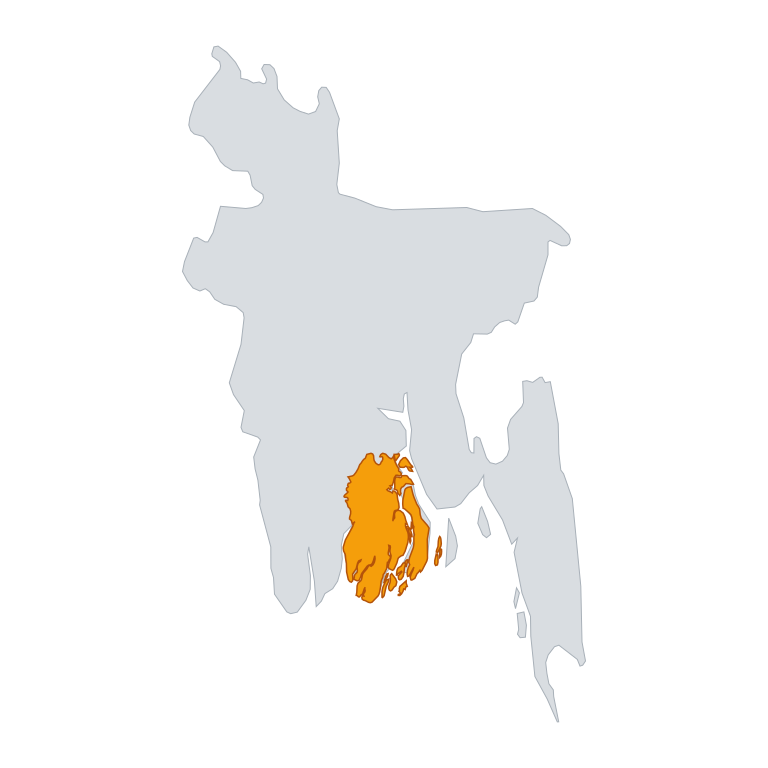 where Barisal sits in Bangladesh
{"feature_id": "BGD-2475", "entity_name": "Barisal", "entity_type": "Division", "adm_level": 1, "iso_a3": "BGD", "parent_name": "Bangladesh", "parent_adm1": "", "projection": "equal_earth", "projection_center": [90.394, 22.436], "detail": "fine", "context": "in_parent", "style": "filled", "palette": "amber", "viewbox_px": 768, "rotation_deg": 0, "n_neighbors": 0, "source": "natural_earth", "source_scale": "10m", "svg_char_len": 9785}
<svg xmlns="http://www.w3.org/2000/svg" viewBox="0 0 768 768"><path d="M270.9,568.3L270.8,546.9L259.6,504.9L260.2,500.3L257.9,480.1L255.1,468.9L253.7,457.0L260.5,439.9L257.8,437.1L242.8,431.8L241.0,427.4L244.3,410.6L233.5,394.6L229.3,382.8L241.0,344.4L244.1,317.8L243.2,312.6L236.2,306.7L223.7,304.3L214.8,299.3L209.7,291.8L205.3,288.7L199.9,291.0L193.0,288.0L187.3,280.6L182.5,271.5L184.5,261.6L193.7,238.1L197.1,237.4L205.0,241.9L207.9,241.9L213.1,232.6L220.5,206.3L245.8,208.5L251.8,207.7L258.2,205.6L261.6,202.3L263.5,198.0L262.9,194.4L255.2,189.4L252.2,185.7L250.1,175.2L247.8,171.2L232.6,170.6L224.7,165.8L220.4,161.5L212.8,147.1L203.3,136.5L194.2,134.0L190.7,130.6L188.8,125.1L189.9,117.2L194.7,102.1L219.9,69.4L220.6,65.8L219.6,61.6L212.3,56.4L211.8,53.8L213.9,46.9L218.1,46.1L226.7,52.3L235.5,62.3L240.6,71.3L240.8,78.4L247.6,79.8L253.3,83.0L259.2,82.0L263.1,83.8L265.6,83.1L266.6,79.1L261.7,68.8L264.1,64.5L269.9,64.7L274.0,68.6L277.0,76.5L277.5,88.8L284.2,99.9L293.1,107.8L300.1,111.4L308.5,114.1L315.6,111.5L319.3,103.8L317.7,96.8L318.8,90.6L321.7,87.2L326.2,87.4L329.5,92.3L339.3,118.9L337.2,130.7L339.3,163.1L336.8,184.5L338.4,192.7L340.0,194.2L354.8,198.1L376.2,206.7L392.6,209.8L466.7,207.5L482.9,211.7L532.4,208.5L545.8,215.3L560.6,226.4L568.8,234.7L570.4,239.4L569.5,243.5L566.7,245.7L561.7,245.8L550.0,240.4L548.0,242.0L548.0,254.8L538.6,287.1L537.3,297.1L534.0,301.0L524.3,303.1L517.8,321.9L515.2,324.2L508.7,320.1L504.7,320.8L499.7,322.5L494.7,326.9L491.3,332.3L487.3,334.1L473.5,333.8L470.8,342.5L461.7,354.0L455.6,384.4L456.0,393.7L463.8,417.9L469.2,449.5L471.3,452.7L473.9,453.0L474.0,438.5L476.5,436.7L479.8,438.3L486.4,457.8L490.1,462.7L495.9,464.1L502.5,461.2L507.3,455.5L509.3,449.3L507.5,428.1L510.6,419.4L521.9,406.5L523.5,402.6L522.7,381.4L526.9,380.7L532.7,382.4L539.9,377.3L542.1,377.2L545.1,382.6L550.3,381.7L558.2,423.8L558.9,453.5L560.8,470.1L563.6,473.8L572.3,498.6L580.8,586.2L582.0,642.0L585.5,661.0L582.7,665.2L580.0,666.1L577.3,659.4L558.9,645.2L554.5,646.7L548.2,654.9L545.7,662.5L546.9,673.3L548.9,683.8L553.3,689.9L553.7,696.6L558.7,721.8L557.3,721.9L547.2,699.0L534.9,676.5L530.8,636.2L530.5,616.3L522.0,593.0L514.1,552.3L517.5,538.0L511.7,544.2L502.5,519.9L488.1,496.0L483.9,485.5L483.7,475.2L477.6,485.5L469.2,492.8L460.7,503.7L455.0,507.0L437.0,509.0L426.6,494.4L411.6,458.7L409.6,450.7L411.6,429.7L408.0,409.9L407.0,392.5L404.3,394.0L403.3,398.8L403.9,406.2L402.8,412.3L377.8,408.3L388.4,418.7L399.9,421.2L405.9,430.5L406.3,446.0L395.0,455.4L396.0,463.3L402.5,472.9L394.6,475.6L392.4,481.9L392.3,490.8L397.8,504.6L396.8,510.0L406.3,528.0L408.1,536.6L405.8,548.8L385.3,573.5L379.4,591.1L374.3,599.3L368.0,600.8L360.3,592.5L360.2,583.9L361.8,577.2L372.5,560.8L366.7,563.0L350.1,576.5L346.9,565.5L344.8,555.4L344.8,542.9L352.8,524.4L343.8,533.6L341.3,545.2L342.3,558.9L341.2,568.5L337.6,581.2L332.7,588.7L324.9,593.6L321.4,601.1L316.2,606.6L314.4,581.1L308.8,546.8L307.6,554.2L310.4,575.5L310.2,589.3L305.9,600.3L297.3,612.1L290.7,613.7L286.8,611.9L274.5,594.2L273.5,577.5L270.9,568.3ZM422.3,568.7L407.1,572.8L399.3,571.5L413.8,540.7L413.3,526.9L411.0,515.6L403.6,506.6L403.2,500.1L399.9,491.3L398.2,481.0L406.4,477.7L413.0,483.6L415.4,495.3L418.7,504.1L430.2,522.2L430.0,533.3L426.9,560.4L422.3,568.7ZM455.0,558.6L445.8,566.8L448.7,518.1L455.7,536.2L457.4,545.9L455.0,558.6ZM490.6,534.3L486.5,537.7L482.7,534.7L477.8,523.3L480.2,508.8L481.7,506.7L487.6,521.5L490.6,534.3ZM525.4,637.2L520.1,637.7L517.5,634.2L518.7,629.4L517.2,613.5L523.9,611.9L526.4,625.2L525.4,637.2ZM519.4,592.9L515.5,608.6L513.9,601.6L516.5,587.8L519.4,592.9ZM410.3,466.1L411.9,471.1L403.4,464.6L401.1,460.0L404.9,457.6L410.3,466.1Z" fill="#d9dde1" stroke="#a8b0b8" stroke-width="1"/><path d="M393.6,455.9L393.9,458.5L395.2,462.2L396.8,465.7L398.6,468.5L398.8,469.1L398.6,470.5L398.9,471.3L399.8,471.6L401.1,473.1L401.4,473.9L401.0,475.0L399.7,475.8L397.1,475.2L395.9,475.3L394.2,477.9L393.4,481.9L392.3,485.1L389.9,485.8L391.3,487.3L390.9,488.9L389.8,489.5L388.7,488.1L386.8,489.7L388.1,490.9L390.6,491.9L392.3,493.0L393.1,490.9L394.6,491.2L396.1,492.8L397.1,494.6L397.7,499.4L398.7,503.2L399.1,507.3L398.8,508.2L398.0,509.6L397.2,510.1L395.2,510.5L394.4,511.1L393.9,512.9L392.9,519.4L392.9,521.2L393.1,519.9L394.7,517.9L394.5,514.4L394.7,513.1L395.5,511.5L396.8,510.6L398.4,510.3L400.1,510.7L403.2,513.1L404.8,516.5L405.8,520.4L407.3,524.4L405.5,523.6L405.5,526.2L406.2,528.4L407.9,532.5L408.3,534.9L408.4,537.3L407.9,542.2L405.1,551.2L403.0,555.3L401.3,555.8L399.0,557.4L398.1,558.4L396.9,562.9L394.4,568.4L393.6,569.7L392.6,570.3L389.9,569.1L388.7,568.1L388.1,567.1L388.6,564.2L390.7,558.6L391.1,555.8L390.1,552.5L389.9,550.9L390.4,547.2L390.1,545.8L388.7,545.3L389.1,547.7L388.2,553.0L388.4,554.6L390.1,556.2L390.4,557.4L390.3,558.3L388.9,560.3L388.5,562.4L387.8,562.1L387.4,562.3L386.6,568.6L384.6,572.7L383.2,574.7L382.9,576.8L381.2,581.1L380.4,587.7L379.6,592.1L378.9,594.4L378.0,596.0L372.0,602.2L370.3,602.7L368.5,602.3L365.2,600.6L363.6,600.2L362.2,599.2L361.8,597.3L362.4,595.8L363.9,596.1L363.3,594.5L363.8,593.3L364.7,592.2L365.2,590.8L364.7,588.4L365.2,587.2L364.3,588.7L362.7,593.5L361.9,594.5L361.0,594.9L359.9,596.5L359.2,597.0L358.4,596.8L357.3,595.6L356.2,595.4L356.8,592.3L357.1,585.9L358.0,583.2L360.9,580.6L361.6,579.2L362.5,574.5L363.4,572.8L367.0,568.7L368.5,565.9L369.3,565.4L371.2,566.3L373.1,564.7L374.4,562.1L375.1,558.9L374.8,555.8L373.3,560.9L372.2,563.6L370.9,564.7L368.6,565.1L367.1,566.2L361.9,573.2L361.3,574.4L360.6,577.0L359.2,580.0L358.7,580.5L357.4,580.8L356.6,580.6L353.8,579.2L354.3,577.6L354.4,575.8L355.0,574.4L357.2,572.2L357.4,570.3L357.1,566.8L357.9,563.8L358.7,562.6L360.5,561.3L361.0,559.9L358.7,560.9L357.6,563.0L356.2,568.7L352.6,574.0L352.8,579.3L352.6,580.8L351.3,582.2L349.7,581.5L348.3,579.5L346.6,572.0L346.4,563.3L345.6,558.4L345.4,555.5L345.2,554.3L343.6,550.9L343.2,548.2L343.3,546.9L345.4,539.9L352.6,526.8L354.0,522.7L355.0,521.6L352.3,523.9L351.3,520.4L349.5,519.0L349.6,517.4L350.6,513.9L350.7,511.3L350.0,508.7L348.1,506.8L347.1,503.2L345.6,501.2L345.5,500.7L346.0,500.2L347.7,500.6L348.1,499.5L348.0,498.6L347.6,497.8L346.8,497.4L344.6,497.2L344.1,496.8L344.0,496.2L344.8,495.0L347.9,492.3L348.0,491.9L346.5,490.3L346.4,488.8L346.7,488.0L348.0,487.1L348.3,486.7L347.6,485.3L348.2,483.5L348.5,483.2L349.6,483.2L350.9,482.0L349.2,478.5L348.0,476.9L352.5,475.9L353.8,475.1L355.9,472.5L358.1,468.7L359.7,464.7L361.4,462.7L362.2,461.3L363.7,459.4L365.3,458.3L366.8,454.4L371.0,453.3L372.7,454.0L373.6,455.8L373.8,458.8L374.2,460.7L375.9,463.3L378.2,464.8L379.5,464.6L380.4,463.9L381.3,461.9L382.0,461.2L382.8,459.3L382.7,457.3L382.0,456.6L380.6,456.9L379.8,456.7L380.6,454.8L381.5,454.0L382.8,453.3L385.7,454.2L388.8,457.5L391.1,458.8L392.6,457.7L393.6,455.9ZM421.3,518.4L427.3,525.3L429.1,528.1L427.3,539.3L427.5,558.3L426.7,561.3L422.1,570.3L420.5,572.0L419.9,570.3L417.9,572.9L417.1,573.5L414.8,578.4L411.8,580.1L410.9,579.9L410.2,577.3L411.2,574.0L412.9,570.4L413.9,567.1L409.0,576.0L407.6,576.4L407.1,574.0L407.4,570.7L408.4,567.3L409.7,564.7L408.7,562.1L409.5,557.8L413.2,547.9L413.6,545.9L413.9,543.7L413.9,536.8L414.4,534.8L413.7,531.3L413.5,529.0L413.9,526.8L412.9,524.7L411.9,517.5L410.9,514.7L409.5,513.2L404.5,508.8L403.1,508.3L402.7,504.0L402.9,499.9L404.8,490.2L405.4,488.9L406.4,488.1L407.9,487.3L411.1,486.7L413.0,494.3L414.1,497.6L416.8,504.2L418.2,506.3L419.6,509.0L420.2,514.7L421.3,518.4ZM410.7,479.4L413.5,484.2L412.2,484.5L409.2,483.8L405.9,483.6L403.4,486.5L402.0,487.1L400.7,488.8L400.5,491.7L401.0,493.5L399.8,495.5L397.8,493.0L397.3,490.7L396.5,489.9L394.1,489.0L394.8,487.7L394.7,481.2L395.0,479.1L395.6,477.5L396.8,476.9L399.8,477.6L401.2,477.4L401.8,475.7L406.0,475.6L407.3,476.1L409.0,478.5L410.7,479.4ZM412.6,467.2L409.6,467.2L411.5,469.1L412.6,471.3L409.9,471.0L409.1,470.5L408.4,469.6L407.4,467.3L406.6,466.5L405.7,466.2L404.3,467.2L403.3,467.4L400.0,467.2L398.6,464.6L400.4,460.8L403.3,457.9L405.5,457.6L407.3,459.6L410.7,464.7L412.6,466.5L412.6,467.2ZM401.9,572.0L401.3,571.2L397.6,573.9L397.1,575.1L396.5,575.1L396.7,572.4L397.2,569.8L398.2,567.9L400.9,566.3L403.2,563.0L404.3,563.0L406.1,560.5L407.1,559.7L407.9,559.9L406.2,567.1L406.0,565.2L405.5,563.9L404.5,567.9L404.0,572.4L403.2,576.4L401.3,579.2L399.7,579.8L398.8,579.3L398.4,578.0L398.3,576.4L398.8,575.3L401.9,572.0ZM391.7,573.6L395.6,578.8L396.8,581.9L395.9,585.7L394.0,587.1L392.0,590.1L390.6,590.9L389.4,590.2L388.7,588.5L388.7,586.4L390.2,582.0L390.4,579.6L390.2,575.8L390.6,574.7L391.7,573.6ZM406.2,580.8L406.2,583.2L407.3,586.4L405.9,586.9L405.1,589.5L404.3,588.9L403.7,588.9L403.0,591.3L401.6,593.8L399.8,595.5L398.3,595.4L398.3,594.5L400.7,593.7L399.5,591.8L398.9,591.2L399.5,590.5L399.3,588.5L399.9,586.4L406.2,580.8ZM383.2,586.4L385.2,582.0L386.7,579.8L388.7,579.2L388.4,581.8L386.2,586.4L384.1,595.7L383.2,596.9L382.4,597.6L382.0,597.3L382.0,591.8L382.4,589.0L383.2,586.4ZM437.7,552.5L436.3,551.8L436.6,550.2L438.0,546.5L438.3,541.2L438.8,538.3L439.7,536.5L440.4,537.3L440.9,539.1L441.3,543.7L440.9,546.1L437.7,552.5ZM436.7,555.1L437.2,554.3L437.5,554.2L438.0,555.8L438.0,562.2L437.4,564.9L435.6,565.5L434.7,563.7L434.8,560.4L436.2,554.2L436.7,555.1ZM408.4,529.3L407.9,528.8L406.8,528.7L406.6,527.2L406.9,526.5L407.4,526.2L408.0,526.4L409.6,528.4L410.9,531.3L411.9,534.6L412.1,537.3L410.9,534.1L410.3,536.2L410.8,540.9L410.2,542.9L409.8,541.9L409.6,538.1L410.2,538.1L408.4,529.3ZM398.8,453.6L399.4,454.8L399.3,455.6L396.0,460.3L395.3,460.8L394.1,454.4L397.4,454.3L398.8,453.6ZM439.7,557.4L439.8,551.1L440.3,548.7L441.5,549.4L441.6,551.6L441.4,554.1L440.7,556.2L439.7,557.4ZM388.1,573.6L387.5,576.5L385.1,580.0L384.5,582.5L383.9,582.5L385.6,576.5L386.9,573.9L388.1,573.6ZM410.9,529.3L411.4,522.4L412.1,522.8L412.4,524.0L412.6,527.6L410.9,529.3Z" fill="#f59e0b" stroke="#b45309" stroke-width="1.5"/></svg>